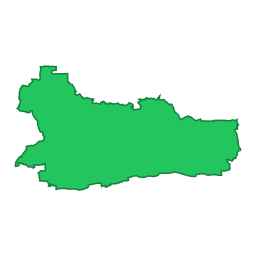 the district of Clonmel Lea-6, South Tipperary, Ireland
{"feature_id": "5873133B92234253465118", "entity_name": "Clonmel Lea-6", "entity_type": "district", "adm_level": 2, "iso_a3": "IRL", "parent_name": "Ireland", "parent_adm1": "South Tipperary", "projection": "robinson", "projection_center": [-7.699, 52.42], "detail": "fine", "context": "isolated", "style": "filled", "palette": "green", "viewbox_px": 256, "rotation_deg": 0, "n_neighbors": 0, "source": "geoboundaries", "source_scale": "gbopen_adm2", "svg_char_len": 5099}
<svg xmlns="http://www.w3.org/2000/svg" viewBox="0 0 256 256"><path d="M19.8,103.7L18.8,105.7L19.2,105.9L17.2,108.6L18.8,108.9L19.0,110.0L19.5,110.7L26.6,112.0L27.1,112.7L29.9,112.4L30.0,110.8L32.4,110.9L32.3,113.0L33.1,115.1L35.8,119.4L36.7,120.0L37.6,121.1L37.7,124.2L38.6,127.9L40.3,132.0L42.1,131.8L42.2,132.3L43.2,133.1L42.8,133.9L43.0,135.4L43.4,136.0L43.8,136.0L44.5,136.4L43.6,140.1L42.1,141.4L40.9,141.0L38.3,141.7L36.4,144.0L34.6,144.8L33.4,145.7L32.3,145.7L31.0,145.4L28.8,146.0L27.3,146.1L27.2,146.3L26.3,146.5L26.9,148.7L26.1,149.1L25.8,150.6L25.6,150.6L23.7,152.7L22.3,154.9L21.0,156.0L21.9,157.1L18.9,157.3L18.1,159.7L17.3,159.7L16.9,161.6L16.0,161.6L15.4,165.0L15.5,166.4L18.8,165.7L19.0,165.5L18.5,163.4L20.9,162.9L20.8,163.5L22.9,163.6L23.2,164.5L24.9,164.2L24.9,164.7L27.4,165.7L28.3,166.8L29.0,166.6L29.3,167.0L30.4,166.4L32.8,168.0L34.6,167.2L33.7,165.8L33.5,165.0L39.0,165.2L43.6,164.5L43.6,163.8L45.1,163.7L45.3,165.2L45.1,166.7L45.3,169.4L45.1,170.8L42.4,170.9L40.8,170.7L39.2,172.3L38.2,172.8L39.3,175.7L39.3,178.1L39.9,178.4L39.6,180.8L47.4,181.4L48.5,183.5L49.1,185.2L48.4,185.7L48.5,186.3L50.8,186.0L50.6,185.6L51.0,184.7L50.3,184.5L50.3,184.1L51.8,184.2L52.6,185.2L52.9,185.0L53.7,186.0L55.8,185.5L56.4,186.4L56.1,186.6L56.1,188.1L56.1,189.4L56.3,189.5L57.8,188.9L62.1,188.4L65.6,188.5L69.2,189.1L73.3,188.9L76.8,189.3L78.6,190.0L79.4,190.1L82.7,189.5L87.5,187.7L88.5,186.6L88.4,185.1L91.2,184.5L91.4,184.4L91.7,184.4L94.9,183.7L95.0,183.7L97.3,183.1L99.6,183.3L101.0,183.1L101.6,186.5L105.3,185.4L105.4,187.0L106.1,187.1L106.7,186.8L107.0,186.9L107.3,186.5L107.8,186.4L107.9,185.8L108.9,185.7L109.0,185.4L111.3,185.1L110.1,184.8L110.2,184.3L112.8,183.8L116.3,183.7L118.9,182.7L119.4,182.8L120.1,182.1L121.7,182.0L122.3,181.7L122.4,181.3L124.3,180.7L127.7,180.7L128.6,180.1L127.8,178.0L134.3,175.9L136.8,175.8L138.9,176.9L140.8,177.3L144.2,177.4L147.8,176.1L150.5,176.1L153.1,176.5L155.6,176.2L157.9,175.3L159.2,173.7L160.5,173.2L165.6,173.2L168.1,173.4L171.8,172.6L175.2,172.0L180.4,173.4L185.0,174.8L191.3,176.4L195.2,176.5L195.9,176.1L196.1,175.1L196.6,174.6L200.2,173.9L202.4,173.7L204.8,174.0L206.9,175.0L208.3,175.2L213.9,174.6L216.2,174.8L218.9,175.3L221.6,175.3L221.3,171.3L222.0,171.0L225.4,170.9L228.1,170.1L228.9,170.1L229.0,169.5L230.1,168.6L229.5,165.8L229.9,164.2L228.8,163.7L227.7,161.5L226.7,160.4L227.1,159.9L226.9,159.7L228.1,159.4L229.0,160.2L229.6,160.3L230.2,160.2L232.0,161.2L232.5,160.2L232.8,160.1L233.0,159.4L234.1,158.7L234.0,158.1L235.7,158.4L236.2,155.9L236.7,155.8L237.3,154.7L237.3,153.2L237.1,152.3L237.2,151.9L239.0,150.7L240.6,150.2L240.4,148.9L240.0,148.1L239.3,147.9L238.7,146.6L238.7,145.2L237.9,144.1L237.9,143.5L238.3,142.9L238.3,141.9L236.7,133.8L234.5,129.8L236.3,129.0L237.4,129.2L237.5,127.2L236.7,126.7L236.8,125.7L238.3,125.4L238.3,125.1L238.3,124.6L238.0,124.5L237.7,123.6L236.9,122.4L237.0,119.7L236.4,120.4L235.7,120.2L234.4,120.3L233.4,120.2L233.2,119.9L231.9,120.1L229.6,120.8L224.1,120.4L221.1,120.4L220.3,120.2L218.6,120.4L217.4,120.3L213.5,120.5L213.5,121.3L211.9,121.1L201.1,121.0L200.7,119.2L195.5,120.7L190.5,116.8L187.6,116.1L180.4,119.7L178.4,115.0L177.5,114.0L174.7,112.0L173.6,108.1L173.2,107.6L173.1,106.9L172.5,106.1L172.0,104.7L171.4,104.1L169.1,104.4L167.6,103.2L166.8,102.1L165.9,102.2L165.0,100.5L163.4,99.5L161.2,99.9L159.5,99.3L159.2,97.7L159.6,97.4L159.3,96.6L159.6,95.9L159.2,96.2L158.7,97.4L158.0,97.8L158.1,98.5L157.5,98.9L156.9,100.0L152.9,98.4L150.7,98.4L149.6,98.7L149.2,98.3L147.7,98.6L147.4,98.1L146.7,97.8L146.4,98.2L146.0,98.2L145.8,98.7L145.2,98.7L145.1,99.8L143.3,99.5L143.0,99.8L142.5,99.4L140.9,99.5L139.6,99.1L138.9,99.2L140.8,100.8L138.0,102.3L138.2,102.6L138.1,102.8L141.1,106.0L140.4,106.9L140.6,107.4L140.3,108.0L140.4,108.8L139.2,109.4L137.8,109.1L137.0,109.4L133.7,109.9L133.4,108.4L132.4,108.5L132.2,107.8L131.6,107.8L131.5,106.8L133.2,106.4L133.0,104.9L132.2,104.0L129.2,102.7L128.6,103.7L126.7,105.1L125.1,105.4L123.9,105.2L123.6,105.4L122.4,104.3L120.6,105.0L119.3,104.7L118.5,103.1L116.4,103.6L112.2,104.2L112.3,103.7L111.2,103.4L111.1,103.1L110.4,103.0L109.1,103.0L108.6,104.1L105.9,103.8L106.2,103.1L104.2,102.8L104.3,101.8L102.7,101.3L102.1,102.6L100.7,102.4L100.6,103.8L100.1,104.3L96.9,103.2L95.8,103.1L95.2,103.5L92.4,103.3L92.7,101.3L93.3,100.3L92.4,100.4L93.2,99.0L89.5,98.7L88.0,97.9L86.7,97.6L84.6,98.8L84.0,98.2L83.2,98.2L82.6,97.8L82.3,97.5L82.6,97.3L80.9,95.7L79.9,94.0L79.6,93.9L78.5,94.6L76.8,95.0L75.2,94.3L75.5,92.8L74.9,91.6L75.9,91.4L75.4,90.9L73.8,86.9L72.5,85.4L72.4,84.6L70.0,83.9L69.3,83.3L69.5,82.9L69.3,82.3L67.7,82.2L67.7,73.6L52.2,74.0L51.7,72.3L51.8,70.8L56.1,70.3L56.2,66.6L51.3,66.4L50.9,66.7L48.7,66.2L48.5,66.6L47.1,66.2L46.5,66.4L44.7,65.9L44.3,66.5L41.8,66.8L41.7,66.6L40.4,66.7L40.9,69.5L40.1,72.1L39.9,75.7L40.5,77.6L39.6,79.8L38.6,80.1L36.4,79.3L31.8,79.3L32.2,80.7L32.7,81.0L32.6,81.9L31.1,82.8L31.0,83.2L30.3,83.7L29.2,84.1L29.4,85.7L26.6,86.5L25.8,85.8L22.4,85.4L21.9,86.7L20.9,87.8L20.0,89.9L19.2,93.8L19.7,97.5L19.0,97.4L18.9,98.0L19.5,100.0L20.7,99.9L20.9,100.4L19.8,103.7Z" fill="#22c55e" stroke="#15803d" stroke-width="1.5"/></svg>